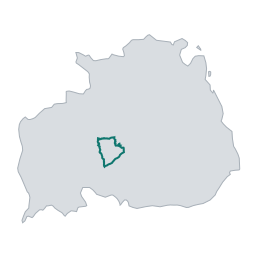 Sandan, Kâmpóng Thum, Cambodia (highlighted), rotated 179°
{"feature_id": "14789045B38871502259240", "entity_name": "Sandan", "entity_type": "district", "adm_level": 2, "iso_a3": "KHM", "parent_name": "Cambodia", "parent_adm1": "Kâmpóng Thum", "projection": "albers", "projection_center": [105.429, 13.113], "detail": "fine", "context": "in_parent", "style": "outline", "palette": "teal", "viewbox_px": 256, "rotation_deg": 179, "n_neighbors": 0, "source": "geoboundaries", "source_scale": "gbopen_adm2", "svg_char_len": 6505}
<svg xmlns="http://www.w3.org/2000/svg" viewBox="0 0 256 256"><g transform="rotate(179 128 128)"><path d="M235.0,35.1L235.6,37.5L233.9,42.0L232.1,46.1L228.6,49.7L228.4,52.3L227.3,60.2L227.8,62.7L228.6,64.8L229.8,65.9L232.9,73.6L235.7,80.5L238.5,86.2L239.0,89.8L236.6,99.0L233.7,107.5L234.0,111.7L235.3,115.9L236.7,121.5L237.3,128.6L236.6,133.3L235.3,136.2L232.7,139.2L230.5,140.8L227.8,138.3L225.7,138.2L222.9,139.0L220.6,140.1L216.1,144.5L211.0,148.8L204.0,149.9L201.3,153.1L198.4,153.6L192.8,153.7L189.2,154.5L189.4,156.1L189.1,163.6L189.2,165.3L188.6,165.8L186.1,166.0L181.9,164.9L176.1,163.1L172.0,162.8L169.9,166.0L168.6,167.3L167.1,167.5L165.5,168.1L164.9,169.6L164.8,171.4L165.6,174.5L165.9,179.4L165.7,182.8L167.2,185.0L176.0,192.1L178.6,193.9L178.9,195.0L177.4,198.9L178.8,204.4L176.0,204.3L171.4,201.9L169.2,200.5L166.5,201.6L165.6,201.4L163.8,198.7L161.4,196.0L159.0,195.8L153.8,196.9L148.6,197.6L146.6,197.6L145.8,198.1L142.7,202.2L141.4,201.5L136.1,200.0L131.3,199.4L130.3,200.4L130.9,203.8L131.9,207.0L131.3,208.4L128.7,210.1L125.1,213.2L123.0,215.6L121.5,216.2L116.1,216.1L110.8,216.4L108.7,218.6L106.6,220.4L104.9,220.9L98.0,215.2L84.1,213.2L82.7,210.7L81.3,210.2L80.0,213.4L72.4,216.5L69.3,214.6L66.9,212.3L67.3,209.5L69.5,207.3L73.3,205.7L75.1,200.0L72.3,192.7L69.8,190.6L67.1,188.9L64.3,191.6L61.9,196.2L59.5,198.6L56.0,199.1L50.9,198.8L49.0,191.9L48.4,186.0L49.2,179.2L50.0,175.2L45.2,169.6L45.0,164.4L42.6,161.6L41.9,163.0L42.0,164.5L41.3,163.4L33.8,147.9L32.6,140.7L34.0,135.2L34.8,133.3L32.6,130.4L29.5,127.1L24.1,122.7L23.8,115.8L22.7,107.8L21.0,105.0L18.6,100.0L17.3,95.9L17.0,85.0L17.7,84.1L21.5,83.9L26.5,83.2L27.3,81.4L26.5,79.9L29.7,77.5L34.3,72.2L37.9,66.6L40.4,63.0L42.0,59.5L47.1,54.6L54.2,51.2L59.0,50.4L64.0,49.3L68.8,47.6L71.0,47.5L76.9,49.5L80.1,50.1L83.5,50.1L87.0,50.3L90.0,50.1L97.3,48.7L105.0,49.9L111.9,49.0L120.4,47.4L124.5,48.5L128.3,50.1L128.9,53.4L129.7,54.9L131.0,56.1L132.7,56.1L134.9,53.8L136.7,51.4L137.3,51.0L137.4,52.2L138.3,54.7L139.9,57.3L141.5,59.0L144.3,61.2L146.0,61.3L151.9,59.2L160.6,62.3L161.6,63.8L164.4,66.9L167.5,69.2L174.3,69.3L176.7,63.8L175.6,60.4L171.7,54.6L170.6,51.1L171.8,50.5L178.4,49.8L179.5,49.1L180.9,45.3L182.7,45.7L186.3,46.2L190.2,43.6L192.4,40.9L193.7,42.1L195.0,44.0L196.5,45.1L199.3,46.8L202.4,49.1L204.3,51.3L205.8,52.2L209.7,51.5L210.8,51.6L213.0,48.8L214.6,47.3L215.9,47.8L217.9,47.7L222.0,44.2L224.3,41.0L225.5,40.1L229.2,41.6L230.6,41.3L232.7,36.9L235.0,35.1ZM46.5,182.8L45.8,183.2L45.0,183.1L44.3,182.5L44.4,180.0L45.0,178.5L46.2,178.2L46.5,182.8ZM57.9,207.3L56.3,209.0L53.9,205.5L53.9,204.5L57.9,207.3Z" fill="#d9dde1" stroke="#a8b0b8" stroke-width="1"/><path d="M132.8,108.4L133.3,108.4L133.9,108.4L134.7,108.3L134.8,108.4L135.0,108.5L135.2,108.8L135.3,108.9L135.4,109.0L135.5,109.1L135.7,109.3L135.9,109.4L135.9,109.5L136.1,109.5L136.3,109.6L136.3,109.8L136.4,110.1L136.5,110.2L136.4,110.3L136.5,110.3L136.4,110.4L136.5,110.4L136.6,110.5L136.8,110.6L137.0,110.7L137.0,110.9L137.1,111.0L136.8,111.3L136.7,111.4L136.7,111.7L136.8,111.7L136.9,111.8L137.0,112.0L137.0,112.3L137.2,112.2L137.1,111.9L137.1,111.6L137.3,111.5L137.4,111.4L137.5,111.4L137.7,111.5L137.8,111.5L137.9,111.4L138.0,111.3L138.1,111.2L138.3,110.9L138.6,110.8L138.9,110.7L139.1,110.7L139.4,110.7L139.8,110.6L140.1,110.6L140.6,110.6L140.8,111.0L140.9,111.3L141.0,111.7L141.0,111.8L140.9,112.2L140.8,112.6L141.0,112.6L141.3,112.7L141.4,112.8L141.4,113.3L141.4,113.9L141.2,114.5L140.8,114.9L140.9,115.0L141.0,115.1L141.1,115.4L141.1,115.5L141.1,115.8L140.8,116.2L140.8,116.3L141.0,116.4L141.3,116.7L141.5,116.8L141.8,117.3L141.9,117.8L142.0,118.3L142.0,118.5L141.8,118.7L141.8,118.8L142.0,118.7L142.2,118.8L142.4,118.6L142.7,118.6L142.8,118.6L143.1,118.8L143.2,118.7L143.3,118.7L143.5,118.7L143.9,118.7L144.1,118.7L144.4,118.7L144.7,118.7L144.9,118.7L145.0,118.6L145.4,118.4L145.7,118.3L146.0,118.2L146.3,118.0L146.4,117.9L146.7,117.6L146.8,117.6L147.0,117.7L147.4,117.7L147.6,117.7L147.9,117.7L148.3,117.7L148.6,117.9L149.0,117.9L149.3,117.9L149.5,117.9L149.6,118.0L149.8,118.0L150.1,117.9L150.3,117.9L150.5,117.9L150.8,117.9L151.0,117.9L151.0,118.0L151.3,118.1L151.5,118.2L151.8,118.1L152.0,118.2L152.5,118.2L153.0,118.0L153.1,117.9L153.2,118.0L153.5,117.8L153.8,117.9L154.1,117.9L154.3,117.9L154.6,117.9L154.8,117.7L154.9,117.8L155.0,117.8L155.1,117.7L155.3,117.6L155.5,117.5L155.6,117.4L155.8,117.3L156.0,117.4L156.3,117.3L156.5,117.4L156.8,117.4L157.0,117.4L157.1,117.5L157.2,117.9L157.3,117.9L157.3,118.0L157.6,118.1L157.8,118.1L158.1,118.2L158.1,117.9L158.1,117.7L158.3,117.4L158.2,117.0L158.0,116.9L157.9,116.7L157.8,116.4L158.1,116.1L158.3,115.8L158.4,115.5L158.5,115.1L158.4,114.6L158.4,114.4L158.2,114.0L158.1,113.6L157.9,113.5L157.4,113.4L157.3,113.2L157.1,112.7L157.1,112.4L157.3,112.3L157.4,112.2L157.7,112.1L157.8,111.7L158.0,111.5L158.0,111.3L158.1,111.2L157.8,110.9L157.4,110.5L157.1,110.4L156.8,110.3L156.6,110.0L156.6,109.9L156.6,109.7L156.9,109.1L156.9,108.9L156.7,108.5L156.5,107.8L156.2,107.0L156.2,106.8L156.1,106.6L156.3,106.4L156.4,106.0L156.4,105.8L156.5,105.7L156.5,105.4L156.6,105.2L156.7,104.9L156.8,104.7L156.8,104.3L156.7,104.2L156.4,104.0L156.4,103.7L156.2,103.5L155.8,103.3L155.6,103.1L155.4,103.1L155.3,102.8L155.2,102.7L154.8,102.1L154.8,101.7L154.7,101.3L154.6,100.9L154.3,100.1L154.2,99.8L154.2,99.6L154.3,99.2L154.3,98.9L154.3,98.7L154.2,98.3L153.4,97.5L152.6,97.1L152.6,96.9L152.7,96.5L152.7,96.3L152.7,96.2L152.7,95.9L152.7,95.7L152.6,95.4L152.7,95.2L152.6,94.8L152.5,94.5L152.5,94.4L152.7,94.2L152.6,93.7L152.5,93.3L152.5,93.2L152.6,92.9L152.6,92.7L152.7,92.3L152.7,92.1L152.7,91.9L152.7,91.5L152.7,91.3L152.5,91.2L152.5,90.9L152.4,90.6L152.5,90.3L152.5,90.2L152.4,90.1L152.2,89.9L152.1,89.7L151.9,89.9L151.9,90.1L151.6,90.4L151.4,90.4L150.5,90.7L150.4,90.7L149.7,90.9L149.6,91.0L149.2,91.3L148.7,91.6L148.4,91.8L148.1,91.9L147.8,92.1L147.3,92.2L147.0,92.4L146.3,92.5L145.8,92.8L145.0,93.2L144.6,93.4L144.4,93.6L144.2,94.1L144.0,94.3L143.8,94.4L143.6,94.8L143.1,95.2L142.9,95.4L142.7,95.8L142.4,96.0L142.1,96.4L141.4,97.1L141.3,97.3L141.1,97.4L140.9,97.5L139.9,97.9L139.5,98.0L139.2,98.2L139.1,98.3L138.8,98.5L138.4,98.6L137.6,99.2L137.3,99.5L137.1,99.8L137.0,100.0L136.8,100.5L136.7,100.7L136.6,101.0L136.3,101.4L136.0,101.6L135.5,102.1L135.1,102.4L134.8,102.6L134.6,102.8L133.8,103.2L133.2,103.5L132.5,103.9L132.6,104.7L132.6,105.3L132.7,105.9L132.7,106.1L132.6,106.3L132.6,106.5L132.7,107.1L132.7,107.3L132.6,107.7L132.6,107.9L132.7,108.2L132.8,108.4Z" fill="none" stroke="#0f766e" stroke-width="2"/></g></svg>